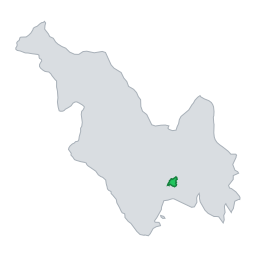 Pyongsong City, P'yŏngan-namdo, North Korea shown in context, rotated 269°
{"feature_id": "82179303B57975227411207", "entity_name": "Pyongsong City", "entity_type": "district", "adm_level": 2, "iso_a3": "PRK", "parent_name": "North Korea", "parent_adm1": "P'yŏngan-namdo", "projection": "robinson", "projection_center": [125.901, 39.318], "detail": "fine", "context": "in_parent", "style": "filled", "palette": "green", "viewbox_px": 256, "rotation_deg": 269, "n_neighbors": 0, "source": "geoboundaries", "source_scale": "gbopen_adm2", "svg_char_len": 3765}
<svg xmlns="http://www.w3.org/2000/svg" viewBox="0 0 256 256"><g transform="rotate(269 128 128)"><path d="M159.1,200.6L157.9,201.3L155.8,204.8L153.9,209.3L152.0,211.8L149.9,213.1L147.6,213.9L142.9,214.3L138.7,214.0L137.4,213.5L131.6,213.8L130.0,214.1L121.7,213.7L117.4,214.1L114.7,215.0L111.9,216.8L109.5,219.5L107.3,222.5L103.0,227.8L100.0,230.4L100.0,234.2L99.9,235.3L98.9,236.1L98.5,235.8L96.7,235.5L89.7,232.1L83.9,234.2L82.4,236.9L80.9,237.8L78.6,232.4L74.8,232.3L68.8,227.5L66.2,228.5L65.6,230.4L62.3,234.7L57.7,238.3L56.2,238.8L54.5,238.5L54.7,237.5L52.9,233.5L45.6,231.9L43.0,230.2L41.7,229.8L48.8,225.3L50.6,224.5L49.3,223.5L47.7,223.0L41.9,223.6L38.9,222.2L34.4,222.6L31.4,221.5L37.7,217.1L38.0,214.5L38.0,212.5L41.2,206.7L44.5,203.5L52.9,198.9L56.6,198.2L59.2,198.4L61.4,198.0L59.1,196.2L56.9,195.4L52.5,195.6L48.0,193.0L47.6,190.2L56.4,172.6L56.5,171.0L55.2,166.7L54.7,162.6L48.5,160.2L45.8,159.9L37.8,155.2L34.6,152.8L33.3,153.5L33.1,157.3L31.9,158.1L29.8,158.8L28.8,154.5L27.1,151.4L21.8,148.3L19.9,146.5L20.8,142.8L20.4,142.4L21.3,138.2L24.5,135.0L32.5,129.3L34.6,126.6L38.6,123.4L40.5,123.4L42.3,123.2L42.9,121.8L43.3,120.7L45.0,119.7L48.8,118.0L53.3,115.6L56.8,115.0L61.1,111.6L62.8,110.0L64.6,110.0L65.1,109.3L66.1,107.5L67.5,106.4L69.4,106.1L72.5,105.3L76.4,104.8L79.1,101.9L80.0,99.8L81.7,97.5L85.4,95.0L88.0,91.4L90.8,87.4L92.2,86.1L93.5,85.8L94.3,84.3L95.2,80.1L96.5,75.9L97.3,74.0L100.5,71.9L101.4,70.8L102.1,70.5L103.6,70.8L105.6,69.5L107.6,68.1L109.3,68.6L111.1,69.8L113.0,72.0L113.8,73.9L115.3,75.4L115.6,77.6L117.0,78.6L120.2,79.1L125.3,80.6L128.6,80.6L130.5,81.8L134.4,82.4L142.3,81.5L145.5,82.0L146.9,83.4L148.9,84.5L150.2,84.6L151.9,82.7L153.8,79.6L155.0,77.3L154.9,75.4L153.8,73.4L151.2,71.5L149.4,68.6L147.8,65.6L146.8,64.7L146.0,63.2L145.9,61.0L146.4,59.5L150.3,58.5L155.3,57.9L159.4,58.5L166.2,58.1L170.3,57.3L173.4,57.4L176.3,57.4L177.5,56.1L181.5,53.0L183.4,51.9L185.4,49.8L185.7,47.7L186.1,45.9L187.3,44.0L189.3,41.7L191.1,40.6L193.0,40.7L195.1,41.8L196.5,42.9L198.0,42.6L199.2,40.7L200.0,40.4L202.4,40.2L203.1,39.1L203.9,33.7L204.7,29.5L204.9,26.5L206.9,21.6L207.5,18.6L208.7,17.2L210.2,17.3L211.4,18.2L213.0,18.7L215.0,18.2L216.4,19.0L217.4,20.6L220.4,21.7L220.7,22.5L220.8,27.8L222.5,30.3L224.7,32.6L227.8,34.6L229.4,35.1L230.4,36.6L231.4,39.1L233.6,41.6L234.8,43.4L235.1,45.3L236.1,46.3L234.4,47.5L232.1,46.8L228.3,46.4L223.5,50.0L220.8,51.3L219.0,54.9L215.3,57.1L213.2,59.3L210.6,63.3L208.9,67.1L204.9,71.0L202.6,75.9L202.5,80.1L205.2,84.4L205.5,88.1L203.8,95.6L205.0,103.6L203.9,106.8L191.4,112.2L188.1,115.0L183.6,122.1L178.0,124.7L174.5,127.6L169.6,129.3L166.6,134.3L163.2,137.2L159.1,138.9L156.1,141.1L149.3,141.2L144.5,142.8L141.1,147.0L130.8,151.8L129.5,155.4L130.2,161.0L130.3,165.3L129.4,168.9L127.1,167.9L125.9,169.0L124.6,172.3L125.0,176.0L128.5,177.2L131.5,178.7L135.5,179.5L138.6,181.2L145.0,189.1L150.3,192.5L151.7,193.8L154.7,195.5L157.5,198.2L159.1,200.6ZM39.0,162.2L37.1,163.4L37.0,161.2L38.5,159.4L40.0,159.1L39.0,162.2Z" fill="#d9dde1" stroke="#a8b0b8" stroke-width="1"/><path d="M78.2,175.0L77.5,174.2L77.1,173.4L76.5,172.6L76.2,172.0L76.0,171.4L76.4,171.0L76.5,170.8L76.3,170.3L76.3,170.2L75.6,169.9L75.1,169.3L74.7,168.7L74.4,168.5L74.1,168.6L73.4,168.5L72.8,167.9L72.4,167.7L71.7,167.2L71.0,167.0L70.6,166.7L70.2,166.6L70.3,166.8L70.3,167.1L69.9,167.9L70.1,167.9L70.6,168.4L71.0,169.1L70.6,169.7L70.2,170.3L69.7,171.0L69.2,171.7L69.0,172.7L68.5,173.5L69.3,174.8L69.5,175.1L69.9,175.3L70.6,175.4L70.8,175.5L71.0,175.3L71.1,175.2L71.5,174.9L71.8,174.7L72.2,174.8L72.6,175.1L72.9,175.4L73.2,175.1L73.5,175.0L74.2,174.9L74.7,175.0L75.0,175.2L75.4,175.5L75.6,175.7L75.7,176.0L75.8,176.2L77.2,175.9L77.7,175.8L77.8,175.6L78.0,175.1L78.2,175.0Z" fill="#22c55e" stroke="#15803d" stroke-width="1.5"/></g></svg>